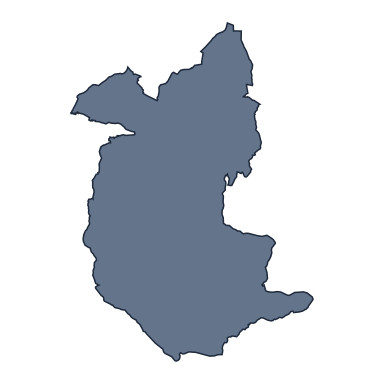 the district of Bran, Brasov, Romania
{"feature_id": "2599482B26594434202693", "entity_name": "Bran", "entity_type": "district", "adm_level": 2, "iso_a3": "ROU", "parent_name": "Romania", "parent_adm1": "Brasov", "projection": "robinson", "projection_center": [25.377, 45.49], "detail": "fine", "context": "isolated", "style": "filled", "palette": "slate", "viewbox_px": 384, "rotation_deg": 0, "n_neighbors": 0, "source": "geoboundaries", "source_scale": "gbopen_adm2", "svg_char_len": 5906}
<svg xmlns="http://www.w3.org/2000/svg" viewBox="0 0 384 384"><path d="M305.8,309.5L306.5,308.6L307.9,307.6L308.3,306.3L312.8,299.9L312.6,299.4L313.0,299.1L312.2,296.9L307.1,292.9L303.4,291.9L294.6,292.5L289.5,295.3L287.7,295.3L280.6,292.0L277.2,291.6L273.0,292.2L270.0,292.1L266.6,291.3L265.8,290.9L264.1,285.0L262.9,286.1L262.0,284.8L263.2,283.5L263.7,282.5L265.9,281.3L267.5,278.5L267.0,272.7L265.4,267.2L266.5,266.3L267.3,264.3L267.9,261.3L268.9,260.4L270.7,256.8L271.8,253.0L271.4,249.6L271.9,247.8L275.3,243.4L275.3,242.6L273.5,239.9L271.8,238.4L267.0,235.3L261.9,236.4L257.5,235.7L248.7,233.4L246.3,233.2L243.5,233.8L241.7,232.7L240.2,231.2L237.2,230.8L236.0,229.8L233.1,228.7L229.4,225.5L226.4,225.4L223.5,223.3L223.2,217.4L222.0,214.4L222.2,210.1L223.1,208.5L223.8,205.6L223.1,201.7L223.4,196.2L222.2,193.8L223.0,192.4L225.3,190.1L225.1,188.4L225.9,183.7L225.7,181.9L224.3,179.8L224.5,178.0L225.3,176.0L225.8,176.0L225.8,175.3L226.5,175.3L227.4,174.2L227.7,175.8L229.3,178.6L229.3,179.6L228.7,181.3L228.7,183.1L227.9,185.0L230.9,185.6L231.9,185.3L235.2,178.5L236.6,176.9L236.6,174.8L236.8,174.6L237.1,172.0L239.4,172.4L240.0,173.1L241.1,173.5L242.2,172.1L242.6,172.3L244.5,176.4L245.3,176.9L246.2,176.9L247.0,176.4L250.6,172.1L250.6,170.8L251.6,169.1L249.4,166.0L249.5,163.2L248.9,162.5L248.9,160.7L250.0,159.3L251.6,158.5L252.6,156.5L252.5,155.3L254.9,155.1L255.3,154.7L254.6,153.0L258.6,149.7L259.9,149.2L260.6,147.9L260.4,145.9L261.3,142.6L260.0,137.9L259.6,135.6L258.5,132.9L255.9,130.0L255.9,129.0L256.5,127.7L256.2,125.7L255.5,123.9L256.0,123.1L255.5,120.5L255.0,119.9L254.4,115.3L255.0,114.5L254.5,113.6L255.2,112.3L255.2,111.8L256.9,110.3L257.3,109.5L257.2,107.9L257.6,107.2L258.4,106.7L258.4,105.4L258.9,104.7L259.9,104.3L253.9,100.3L252.7,100.3L249.1,97.4L247.5,96.8L247.3,97.1L243.4,96.8L243.8,96.2L245.0,95.5L246.2,94.0L247.9,93.3L246.8,87.5L246.5,84.4L252.4,85.5L252.6,83.8L251.9,82.3L252.0,80.5L251.8,80.0L252.0,79.7L251.6,78.0L251.9,75.0L250.9,71.8L252.2,68.4L252.6,64.9L250.4,60.3L249.3,59.3L246.4,51.2L243.9,46.7L243.5,45.3L241.1,40.0L241.3,31.1L233.5,30.9L233.3,25.3L227.4,23.0L226.2,27.8L225.2,30.0L222.7,31.9L220.1,32.7L216.5,34.6L214.7,36.9L212.8,38.3L211.5,40.3L205.6,46.8L200.8,51.5L203.1,53.0L201.8,61.4L201.7,64.2L194.5,65.4L193.7,66.7L192.0,68.2L191.9,67.7L189.2,69.4L183.9,69.5L180.8,70.2L179.3,71.7L178.2,73.5L177.0,74.2L173.4,72.3L172.0,73.3L167.9,81.1L165.7,83.5L160.5,84.9L159.0,87.1L159.1,92.0L158.5,94.4L158.4,95.9L157.2,97.4L157.3,99.1L157.6,99.4L157.2,100.6L147.8,96.1L143.1,93.4L143.5,92.5L142.9,92.0L142.9,91.3L143.3,90.0L142.2,89.0L141.9,87.9L137.3,83.2L137.1,82.3L137.3,81.2L138.4,80.4L138.2,79.9L137.7,79.9L137.5,79.1L137.7,78.6L139.7,77.1L140.9,76.7L140.7,76.2L135.3,74.1L133.5,74.5L132.7,71.9L132.0,71.8L130.4,70.2L127.8,67.1L127.1,69.7L126.5,70.6L125.0,72.4L123.5,73.5L121.6,73.9L120.5,73.4L114.5,74.3L111.3,76.4L109.2,76.9L105.7,80.3L101.4,83.2L98.7,85.6L95.4,84.7L92.8,84.8L88.8,88.0L87.6,89.8L85.9,91.4L82.9,93.1L79.5,94.2L77.5,95.8L77.0,97.1L77.9,98.5L77.6,99.9L75.2,105.2L73.5,108.1L72.8,110.0L71.8,111.1L71.9,112.4L72.5,112.7L71.0,112.7L71.0,113.5L71.9,113.7L72.1,113.3L72.6,113.2L73.3,113.8L74.0,113.4L74.2,113.8L74.0,114.0L75.2,114.4L75.4,113.4L75.9,113.6L75.8,113.1L76.7,112.7L77.1,112.9L76.8,112.4L77.3,112.0L78.0,112.2L78.6,113.0L83.3,114.1L89.4,117.5L88.9,120.0L90.6,120.9L91.9,119.9L92.2,120.0L92.1,120.9L92.7,120.9L93.3,120.3L95.3,120.6L95.4,121.2L94.7,121.4L99.7,121.8L101.3,122.7L103.1,122.9L106.0,123.9L109.0,122.3L110.9,123.1L115.0,123.5L117.8,123.1L120.5,123.9L124.0,126.9L125.9,129.3L131.8,131.5L134.6,132.0L134.6,133.2L135.0,133.9L134.5,134.7L133.1,134.9L126.1,135.4L123.2,134.8L121.5,135.1L119.9,135.9L119.3,135.7L118.7,136.0L118.3,135.6L117.3,135.7L117.7,136.5L115.3,137.3L114.2,138.3L113.8,137.2L111.6,137.6L110.0,137.0L109.9,138.1L108.9,138.7L108.9,140.7L110.2,140.7L110.6,142.8L109.3,142.8L104.9,144.8L103.5,145.1L103.5,145.4L102.8,145.5L100.8,147.0L100.8,148.0L100.5,148.0L99.3,151.8L99.6,152.4L100.2,155.0L101.4,157.4L101.5,158.2L99.1,163.8L99.4,167.6L99.2,171.1L98.8,172.5L97.9,172.7L97.9,174.0L96.1,174.4L94.4,177.7L92.3,180.5L92.7,181.8L92.7,187.6L93.8,189.3L94.1,192.0L93.0,196.8L93.0,198.9L92.4,198.2L90.5,199.2L88.8,199.3L88.0,201.1L88.5,201.3L88.6,202.1L88.0,203.5L87.9,205.1L88.6,207.2L88.4,208.3L88.8,210.0L88.5,212.5L89.1,214.5L90.3,215.7L89.3,217.2L89.4,219.1L89.0,220.9L89.5,222.9L89.5,224.1L87.4,227.9L87.3,228.9L85.4,230.9L83.8,234.6L83.1,238.9L83.4,241.4L85.1,245.2L88.0,247.1L90.1,248.0L91.3,251.8L93.3,254.0L94.1,255.6L96.1,258.2L96.5,260.0L94.4,262.6L94.1,266.0L94.4,267.3L93.1,270.5L93.3,273.2L92.7,275.2L94.0,278.1L95.7,283.4L98.9,285.1L97.4,285.7L95.5,287.1L95.6,288.2L101.3,295.6L103.1,296.8L103.7,298.3L103.9,300.4L104.5,301.2L112.4,305.1L112.2,305.2L113.0,305.6L114.9,307.6L119.1,308.5L121.4,309.6L125.0,310.1L127.9,313.7L129.9,315.1L131.1,316.9L132.6,318.2L136.0,320.0L137.4,322.5L139.8,324.3L142.9,330.0L143.1,331.2L145.5,332.1L146.1,333.3L155.4,343.2L162.9,349.2L163.6,351.8L164.9,353.3L171.6,356.6L175.0,360.7L176.2,361.0L178.0,360.4L179.4,359.1L180.0,356.8L180.0,355.6L179.4,354.2L180.6,352.8L182.6,353.9L184.2,353.8L188.9,351.9L195.6,352.3L209.6,356.1L214.3,355.9L218.0,354.7L222.1,354.6L222.6,351.7L222.7,350.5L222.3,348.1L222.7,345.7L224.5,342.6L226.4,342.7L226.9,342.2L227.6,341.0L227.4,338.1L228.2,337.3L229.8,336.8L230.9,337.0L231.3,336.3L232.4,336.0L236.7,336.7L239.0,334.1L239.5,332.6L243.0,329.2L245.1,329.6L245.7,328.5L248.4,327.0L248.5,325.5L248.1,324.7L248.6,324.4L249.4,324.6L249.9,324.1L250.1,323.1L252.4,323.0L253.1,323.3L255.5,322.4L257.2,320.2L261.3,317.7L263.5,318.1L267.6,320.1L271.3,320.9L273.0,320.5L274.3,319.2L275.5,319.5L276.5,318.9L277.5,318.7L279.1,317.4L280.7,317.5L281.9,318.0L282.6,317.4L283.7,317.0L285.4,315.6L288.8,314.1L290.8,311.6L293.0,311.3L293.8,312.6L299.4,311.9L302.7,311.0L304.9,309.6L305.8,309.5Z" fill="#64748b" stroke="#1e293b" stroke-width="1.5"/></svg>